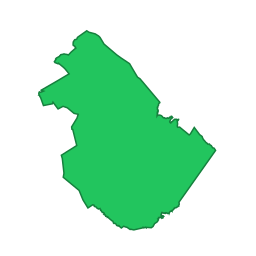 outline of Hidalgo, Durango, Mexico, rotated 172°
{"feature_id": "50627088B92149873655635", "entity_name": "Hidalgo", "entity_type": "district", "adm_level": 2, "iso_a3": "MEX", "parent_name": "Mexico", "parent_adm1": "Durango", "projection": "orthographic", "projection_center": [-104.857, 26.045], "detail": "fine", "context": "isolated", "style": "filled", "palette": "green", "viewbox_px": 256, "rotation_deg": 172, "n_neighbors": 0, "source": "geoboundaries", "source_scale": "gbopen_adm2", "svg_char_len": 5416}
<svg xmlns="http://www.w3.org/2000/svg" viewBox="0 0 256 256"><g transform="rotate(172 128 128)"><path d="M126.7,27.5L126.7,27.0L126.4,26.9L125.5,27.0L125.3,27.2L124.7,27.1L124.4,27.3L123.8,26.5L123.4,27.0L118.8,26.0L116.9,27.0L115.0,29.6L112.3,30.9L111.4,31.8L111.2,32.3L110.7,32.7L111.0,33.5L110.6,33.4L110.4,33.7L110.4,34.0L110.2,34.0L109.8,34.6L110.0,35.1L109.9,35.1L109.2,35.1L108.7,34.9L107.6,34.6L107.3,34.2L107.2,34.4L106.6,34.1L106.4,34.1L106.2,34.0L106.1,34.3L105.8,34.5L105.4,35.2L104.9,35.5L105.5,36.2L105.8,36.3L106.4,35.9L106.9,35.9L107.3,36.0L107.6,36.3L107.2,36.8L107.1,37.1L107.3,37.6L107.3,37.9L106.7,38.3L106.6,38.8L106.2,39.1L106.2,39.3L105.9,39.1L105.7,39.2L105.8,39.4L105.8,39.5L105.6,39.5L105.3,39.4L104.9,38.9L104.4,38.6L104.1,38.5L103.3,38.6L103.0,38.7L103.0,38.9L102.9,38.9L102.8,38.7L102.8,38.2L102.6,38.2L101.9,38.7L101.6,38.7L101.4,38.6L101.4,38.4L101.0,38.1L100.6,37.8L100.4,37.7L100.3,37.8L99.5,37.9L99.2,38.1L99.0,38.3L98.9,38.3L98.9,38.1L98.5,38.8L97.9,39.5L97.5,39.6L97.0,39.5L96.9,39.5L96.7,39.8L96.5,40.0L96.0,39.5L96.0,39.8L95.7,40.2L95.5,40.3L95.0,40.4L94.9,40.6L94.6,40.8L94.3,41.0L94.2,41.3L93.6,42.0L93.4,41.9L93.2,41.8L93.0,42.1L92.8,42.4L92.6,42.6L92.3,42.4L91.6,42.3L91.0,42.6L90.5,42.9L89.8,43.0L89.3,43.6L89.2,43.7L88.6,43.6L88.4,44.7L87.9,45.3L87.8,47.1L87.9,47.4L44.4,93.6L45.5,96.0L47.0,96.7L48.0,99.0L49.0,99.7L49.6,100.8L51.1,100.8L52.2,102.4L52.7,102.6L54.3,105.3L54.8,105.8L55.4,107.4L55.7,108.6L55.8,109.3L58.0,111.5L62.3,119.3L67.1,113.4L68.4,112.6L76.4,121.3L76.5,121.5L76.8,121.7L77.2,121.7L77.6,121.8L78.2,121.7L78.5,121.7L78.7,121.9L78.9,122.2L78.9,122.7L78.9,123.4L78.7,123.7L78.3,125.2L78.3,128.1L78.3,128.3L78.2,128.3L77.8,128.2L77.6,128.3L76.8,129.2L76.7,129.5L76.9,129.6L77.6,129.4L77.8,129.4L79.1,129.7L79.2,130.0L79.5,129.9L80.4,130.2L80.6,130.1L80.8,129.9L81.1,129.9L81.5,129.5L82.2,129.3L82.4,128.9L83.1,128.2L83.4,128.1L83.8,128.1L84.0,128.0L84.3,127.9L84.6,127.6L84.8,127.1L85.1,127.1L85.5,127.5L85.9,128.3L85.8,128.6L84.4,130.8L82.9,131.7L82.3,132.1L83.1,133.5L83.3,133.5L83.6,133.6L84.1,132.9L84.4,132.8L84.8,133.0L85.1,133.0L85.2,132.9L85.3,132.5L85.5,132.4L85.8,132.5L86.0,132.2L86.3,132.0L87.0,132.1L87.7,132.6L88.0,132.4L88.6,132.1L89.0,132.3L89.4,132.3L89.8,132.3L90.2,132.6L90.3,132.8L90.3,133.0L90.5,133.1L90.9,133.2L91.2,133.1L91.5,133.1L92.3,134.2L92.3,134.4L92.5,134.7L93.1,135.4L93.7,135.9L94.1,136.1L94.4,136.2L95.1,136.3L95.3,136.5L95.8,136.4L96.5,136.6L97.1,136.5L97.5,136.0L97.4,136.7L96.9,137.4L97.1,137.9L96.8,138.2L96.9,138.3L96.9,138.6L96.7,138.8L96.8,139.0L96.4,139.2L96.4,139.4L96.1,139.8L96.2,140.0L96.5,140.1L96.3,140.5L95.8,140.6L95.8,140.8L95.7,140.9L95.9,141.5L95.8,141.8L96.0,141.9L96.2,142.4L96.4,142.7L96.3,143.0L96.0,143.5L96.0,143.8L96.1,144.2L95.6,144.5L95.7,145.1L95.3,145.4L94.6,146.3L94.5,146.6L94.6,147.0L94.5,147.4L93.8,148.2L93.1,148.5L92.9,149.0L109.3,175.1L111.5,177.0L114.6,184.4L117.5,191.5L124.9,198.1L129.0,202.0L140.1,214.5L143.1,221.6L144.3,223.2L147.4,225.8L153.4,228.3L155.3,230.0L165.0,225.0L165.5,224.7L166.0,223.6L166.4,223.2L167.3,222.9L168.4,222.9L168.6,222.7L169.0,222.3L169.7,221.5L169.8,221.3L170.2,220.9L170.2,220.5L170.4,220.3L170.4,219.8L170.6,219.4L170.6,218.9L170.8,218.1L170.7,217.4L170.6,217.2L170.0,216.9L169.6,216.7L169.3,216.2L169.3,215.8L169.2,215.6L168.9,215.4L168.9,215.2L168.9,214.9L168.5,214.4L168.8,214.1L169.3,214.0L173.9,211.0L176.8,208.6L177.0,208.6L177.5,209.0L178.4,209.4L179.6,209.7L181.1,210.3L181.9,210.1L184.1,210.0L184.5,209.9L184.8,209.4L185.6,209.0L186.0,208.4L187.5,207.9L187.9,207.7L189.1,207.3L189.5,207.0L190.1,206.4L190.1,206.2L189.8,206.1L189.8,205.9L191.7,204.0L191.6,203.7L191.0,203.1L191.1,202.9L188.3,201.3L187.8,201.8L183.4,197.0L181.9,195.0L178.8,189.8L190.0,185.1L208.8,177.5L208.8,177.4L206.5,176.3L209.5,175.5L210.0,175.8L210.0,175.7L210.4,175.9L211.1,175.8L211.6,174.2L211.4,173.2L211.6,173.0L211.2,172.9L211.0,172.4L211.0,171.8L210.7,171.0L210.3,170.3L210.2,169.7L208.6,162.0L199.5,162.5L198.7,164.0L194.6,156.6L189.3,158.5L185.3,156.5L179.4,150.0L175.4,148.5L177.3,144.6L177.8,144.1L183.7,136.9L183.7,134.5L182.9,134.2L181.2,117.8L185.3,115.9L190.5,113.6L197.8,110.3L197.3,107.0L197.7,92.2L199.0,88.2L185.1,73.0L182.6,63.1L178.8,54.4L173.6,56.9L173.1,56.5L172.6,56.5L172.4,56.3L172.1,55.7L172.3,55.3L172.3,55.2L172.1,55.1L172.0,54.9L170.7,54.3L170.5,54.1L170.2,53.6L170.0,53.1L169.5,52.7L169.0,52.4L168.7,51.9L168.4,51.9L167.9,52.1L167.5,51.9L166.9,52.1L166.7,51.2L166.4,50.7L166.5,50.4L166.2,50.4L166.0,50.2L165.9,50.0L166.0,49.5L165.7,48.9L165.5,48.7L165.3,48.4L165.3,48.1L165.2,47.9L164.6,47.9L164.3,47.8L164.2,47.6L163.8,47.5L163.7,47.1L163.4,46.7L163.5,46.4L164.0,46.0L163.9,45.9L163.0,45.5L162.9,45.3L163.1,45.2L162.8,45.0L162.5,44.6L162.5,44.4L162.2,44.0L162.4,43.8L162.4,43.7L162.0,43.5L161.5,43.5L161.4,43.4L161.5,43.4L161.4,43.3L160.8,43.1L160.7,42.8L160.4,42.7L160.6,42.4L160.4,42.4L160.0,42.0L158.3,40.0L157.3,38.9L157.0,38.5L156.3,38.1L156.0,37.9L155.7,36.8L155.7,36.3L155.6,35.9L155.4,35.8L155.3,35.5L155.0,35.5L154.9,35.6L154.4,35.4L154.2,35.4L154.0,35.1L153.7,35.0L153.2,34.4L153.0,33.9L152.9,33.8L152.9,33.4L152.6,33.0L152.2,32.7L151.8,32.6L151.6,32.6L151.4,32.7L150.9,32.7L150.6,32.7L150.4,32.4L150.7,32.1L150.2,31.9L149.2,30.6L148.5,29.9L145.9,31.3L144.4,30.4L142.8,29.8L140.0,27.2L139.3,27.4L138.4,27.0L136.4,26.3L128.0,27.0L127.4,27.1L127.1,27.6L126.7,27.5Z" fill="#22c55e" stroke="#15803d" stroke-width="1.5"/></g></svg>